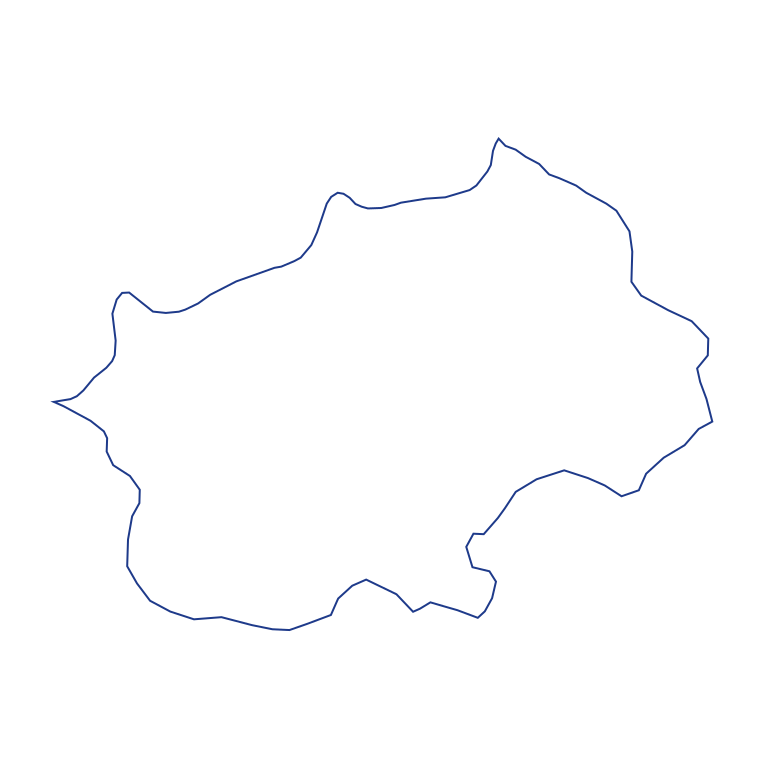 outline of Hwaphyong, Chagang-do, North Korea, rotated 272°
{"feature_id": "82179303B2578505364646", "entity_name": "Hwaphyong", "entity_type": "district", "adm_level": 2, "iso_a3": "PRK", "parent_name": "North Korea", "parent_adm1": "Chagang-do", "projection": "robinson", "projection_center": [126.952, 41.219], "detail": "fine", "context": "isolated", "style": "outline", "palette": "blue", "viewbox_px": 768, "rotation_deg": 272, "n_neighbors": 0, "source": "geoboundaries", "source_scale": "gbopen_adm2", "svg_char_len": 1670}
<svg xmlns="http://www.w3.org/2000/svg" viewBox="0 0 768 768"><g transform="rotate(272 384 384)"><path d="M165.6,344.7L168.0,345.7L181.3,359.3L187.9,373.0L174.3,403.8L157.4,421.0L160.7,427.8L167.4,438.0L163.9,451.7L160.5,465.3L153.6,485.9L160.3,492.7L173.7,499.5L190.4,502.8L200.5,495.9L204.0,478.8L224.1,471.9L237.5,478.6L237.4,488.9L254.1,502.5L264.1,509.2L280.8,519.4L294.1,539.8L304.0,567.1L297.1,591.1L290.3,608.2L280.1,625.3L286.7,642.4L303.5,649.1L320.1,666.1L333.4,686.6L350.1,700.1L357.9,713.4L380.3,706.8L397.1,699.9L410.5,696.4L423.9,706.6L440.7,706.5L457.5,689.3L467.7,665.4L474.5,651.7L481.3,638.0L494.8,627.7L508.2,627.6L525.0,627.5L545.1,624.0L565.3,610.2L572.0,599.9L582.2,579.4L589.0,569.1L595.8,552.0L599.2,541.7L609.3,531.4L616.0,517.7L622.8,507.4L626.2,497.1L633.2,490.0L628.3,487.3L620.8,484.8L606.5,483.1L600.0,479.9L585.6,469.4L580.8,462.8L572.7,438.7L570.7,419.5L565.8,394.6L563.3,388.3L559.8,375.1L558.9,361.8L560.4,355.5L562.9,349.2L568.9,343.2L572.7,336.9L573.5,331.0L569.2,324.7L562.3,320.5L533.2,311.8L520.3,306.5L507.4,296.4L503.7,290.1L497.7,277.2L496.3,270.5L481.4,232.8L467.1,207.2L458.0,195.4L451.4,182.8L449.1,176.5L447.4,163.5L448.3,150.6L466.5,126.1L465.9,119.1L459.1,113.9L444.8,110.1L418.0,114.3L403.4,113.9L397.4,111.5L390.5,105.9L380.3,94.0L367.1,83.8L361.1,77.5L358.0,71.3L354.6,54.6L350.6,64.6L343.8,78.3L337.0,92.0L326.9,105.7L320.2,109.2L306.8,109.2L293.4,116.2L283.2,133.3L269.8,143.6L256.4,143.7L243.0,136.9L219.6,133.6L192.9,133.7L176.1,144.1L159.2,157.8L149.1,178.4L142.2,202.3L145.3,229.7L138.4,260.5L135.0,281.0L134.8,298.1L141.4,315.1L151.3,339.0L165.6,344.7Z" fill="none" stroke="#1e3a8a" stroke-width="2"/></g></svg>